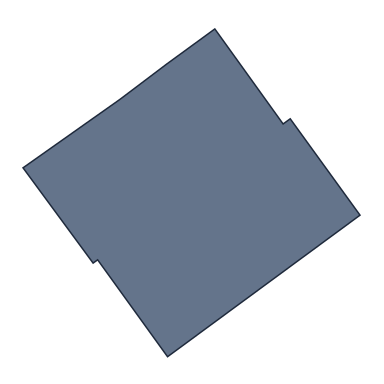 Buchanan, Iowa, United States of America, rotated 144°
{"feature_id": "52423323B70817605938932", "entity_name": "Buchanan", "entity_type": "district", "adm_level": 2, "iso_a3": "USA", "parent_name": "United States of America", "parent_adm1": "Iowa", "projection": "albers", "projection_center": [-91.886, 42.47], "detail": "fine", "context": "isolated", "style": "filled", "palette": "slate", "viewbox_px": 384, "rotation_deg": 144, "n_neighbors": 0, "source": "geoboundaries", "source_scale": "gbopen_adm2", "svg_char_len": 306}
<svg xmlns="http://www.w3.org/2000/svg" viewBox="0 0 384 384"><g transform="rotate(144 192 192)"><path d="M69.7,74.5L69.5,193.5L78.3,193.5L77.7,309.2L77.7,310.5L136.8,310.4L196.0,309.3L314.5,310.9L313.8,192.6L308.2,192.6L308.6,73.1L69.7,74.5Z" fill="#64748b" stroke="#1e293b" stroke-width="1.5"/></g></svg>